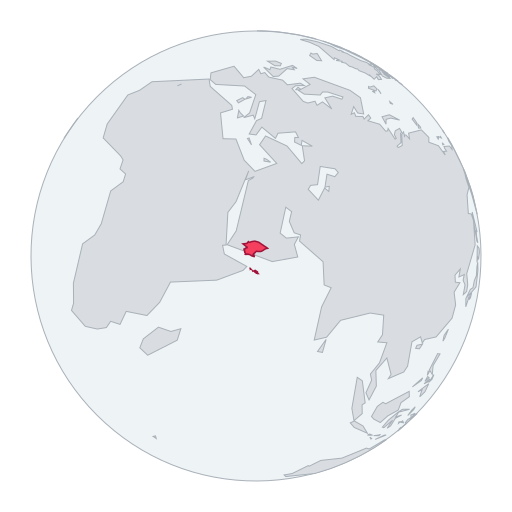 Hadramawt on an orthographic globe, rotated 42°
{"feature_id": "YEM-3497", "entity_name": "Hadramawt", "entity_type": "Governorate", "adm_level": 1, "iso_a3": "YEM", "parent_name": "Yemen", "parent_adm1": "", "projection": "orthographic", "projection_center": [51.058, 15.554], "detail": "fine", "context": "on_globe", "style": "filled", "palette": "rose", "viewbox_px": 512, "rotation_deg": 42, "n_neighbors": 0, "source": "natural_earth", "source_scale": "10m", "svg_char_len": 11868}
<svg xmlns="http://www.w3.org/2000/svg" viewBox="0 0 512 512"><g transform="rotate(42 256 256)"><circle cx="256" cy="256" r="225" fill="#eef3f6" stroke="#a8b0b8"/><path d="M216.2,34.3L215.5,34.4L212.4,35.0L216.2,34.3ZM201.5,37.4L202.7,37.1L195.4,39.1L192.5,39.8L201.5,37.4ZM153.2,55.5L155.5,54.5L140.9,62.4L127.0,71.6L123.6,74.0L122.1,74.8L137.3,64.6L153.2,55.5ZM31.3,272.6L32.2,280.6L34.0,293.9L34.5,297.1L31.3,272.6ZM326.9,42.2L318.9,39.8L319.8,39.9L326.9,42.2ZM312.3,38.2L311.3,38.1L310.3,37.6L312.3,38.2ZM225.7,32.8L226.4,32.7L223.0,33.2L222.2,33.3L218.7,33.8L225.7,32.8ZM220.1,33.6L221.2,33.6L217.1,34.4L216.4,34.2L220.1,33.6ZM231.1,32.1L232.0,32.0L229.4,32.3L231.1,32.1ZM203.1,37.8L205.6,37.0L208.9,36.4L203.1,37.8ZM221.9,33.6L223.3,33.3L224.9,33.1L224.7,33.3L221.9,33.6ZM240.6,31.3L239.0,31.4L244.8,31.0L243.7,31.3L236.8,31.7L239.3,31.6L238.9,31.7L233.7,32.0L240.6,31.3ZM229.3,33.0L220.2,34.2L214.8,35.7L211.7,36.2L220.9,33.8L229.3,33.0ZM232.4,32.3L229.8,32.8L227.2,32.9L227.4,32.7L232.4,32.3ZM245.4,31.4L248.9,30.9L250.3,30.9L245.4,31.4ZM228.3,33.4L230.5,33.1L228.2,33.4L228.3,33.4ZM240.7,31.8L241.7,31.6L243.3,31.6L240.7,31.8ZM234.1,33.0L231.1,33.3L231.1,33.0L234.1,33.0ZM237.5,32.4L239.4,32.5L232.9,32.7L237.7,32.3L237.5,32.4ZM242.0,31.9L243.2,31.8L241.3,32.0L242.0,31.9ZM235.6,34.1L227.5,34.6L227.6,33.8L235.5,33.4L235.6,34.1ZM355.1,53.7L360.5,56.7L366.7,60.1L367.8,60.5L377.0,66.0L392.4,77.0L375.3,66.0L351.3,52.3L360.7,57.3L357.2,55.8L359.7,57.6L366.5,61.6L368.1,62.2L371.9,69.3L385.4,82.4L387.8,80.7L394.0,84.2L411.4,101.1L424.4,128.1L432.7,135.8L436.3,141.5L435.9,146.0L430.7,137.6L426.1,135.4L423.2,130.4L420.8,135.8L416.5,128.9L416.7,137.1L421.7,142.1L425.4,139.4L427.4,150.3L437.1,158.8L443.3,171.0L444.0,195.6L437.2,205.2L437.8,209.4L432.4,205.9L429.3,215.4L442.4,236.5L443.4,243.3L436.4,258.6L435.6,253.6L421.5,244.2L421.7,260.9L432.5,272.2L436.3,287.3L429.2,284.1L425.0,270.9L420.0,267.2L419.3,252.8L411.3,232.9L404.0,238.4L402.7,229.9L390.5,214.5L379.0,222.0L361.9,247.2L362.8,269.1L355.5,279.5L338.8,249.9L333.1,229.3L326.0,231.9L309.7,215.4L278.4,215.8L275.0,210.5L268.9,213.2L257.6,208.0L252.8,199.2L245.5,199.8L258.6,222.8L266.6,222.4L274.7,213.4L276.7,221.7L287.7,228.8L271.8,249.3L227.0,266.9L224.5,250.6L199.8,205.0L201.5,200.2L201.5,199.6L201.3,198.6L197.2,206.4L193.6,197.6L204.8,229.0L205.9,242.4L226.4,267.9L224.0,270.4L231.1,275.7L256.2,269.9L256.0,275.3L243.0,300.2L209.9,332.6L215.4,354.9L214.8,373.2L196.6,384.0L200.7,397.8L191.7,401.8L192.7,409.3L186.9,416.5L176.2,422.5L155.3,419.9L152.0,413.1L138.5,398.4L119.0,363.0L122.1,348.2L119.4,335.5L104.5,304.9L107.6,289.7L104.2,282.3L96.7,282.3L92.9,273.5L88.6,272.2L63.4,270.5L57.1,257.5L53.0,222.1L58.6,210.8L62.1,196.1L102.7,155.9L108.5,160.6L137.2,160.3L140.3,162.7L133.9,173.4L153.0,190.9L162.8,182.5L183.1,192.7L198.6,193.8L209.5,173.3L184.2,170.9L182.8,160.4L205.5,153.5L228.2,156.7L228.4,152.8L216.6,143.1L224.4,136.7L212.8,139.3L215.6,143.5L208.4,145.5L205.5,141.9L208.3,139.6L202.3,137.3L190.2,150.0L191.7,155.6L174.1,156.3L175.0,166.0L169.3,169.9L165.8,155.0L168.1,150.0L159.4,133.8L155.3,139.0L163.3,154.9L159.7,153.2L154.3,161.4L155.5,153.9L147.9,136.2L133.8,137.3L111.3,155.4L104.0,155.6L100.0,150.0L112.7,129.7L127.6,131.7L132.3,125.5L133.2,115.5L137.6,117.3L139.8,113.8L145.8,114.5L158.1,107.5L164.8,107.8L173.3,97.9L177.9,97.0L171.5,102.9L170.7,107.5L187.7,109.5L192.1,107.7L196.3,101.5L200.5,103.2L202.3,97.0L213.9,96.0L201.4,92.4L205.9,86.0L214.9,82.0L214.2,79.6L199.5,86.2L195.7,89.6L196.0,93.4L183.6,103.4L177.0,104.5L181.4,92.3L172.4,92.9L179.8,84.1L215.0,70.0L227.7,68.5L241.0,78.4L235.9,81.7L228.6,79.6L231.9,87.0L233.3,83.7L236.7,85.5L242.0,80.8L244.7,81.9L245.1,75.8L249.0,76.7L248.7,80.6L259.8,75.3L268.9,76.5L270.1,74.8L268.8,72.8L281.2,76.1L281.6,74.8L277.6,73.2L275.7,69.7L277.3,65.1L281.5,66.5L281.5,68.3L287.9,74.7L287.3,80.0L289.2,80.2L290.7,76.0L282.9,68.1L282.6,65.0L287.1,68.2L285.4,66.8L286.6,65.7L291.7,66.2L287.2,62.6L294.5,51.6L305.1,52.2L308.3,55.8L317.8,52.0L329.1,54.4L325.4,52.7L327.5,50.6L324.0,49.7L322.4,48.8L326.2,44.9L330.4,45.6L327.9,43.3L326.0,42.6L322.8,41.8L318.9,39.8L326.9,42.2L355.1,53.7ZM85.6,178.0L83.7,182.2L85.6,178.0ZM250.2,171.5L265.0,172.8L261.5,159.6L266.9,159.3L263.8,155.2L261.2,158.7L254.0,147.7L261.5,144.3L261.3,138.9L256.4,138.3L243.8,146.5L254.0,161.8L249.3,167.0L250.2,171.5ZM117.7,78.2L122.2,74.9L117.6,78.3L111.8,83.2L106.0,88.0L109.9,84.6L108.3,85.9L109.9,84.5L117.7,78.2ZM146.0,95.9L146.8,98.4L142.6,102.0L134.2,103.5L140.1,98.1L146.0,95.9ZM148.8,101.3L155.6,89.9L161.1,89.1L156.8,91.4L159.8,92.0L153.8,95.9L152.5,107.1L148.7,111.1L135.2,110.5L141.7,108.2L140.6,105.6L148.8,101.3ZM163.0,68.0L166.0,64.6L174.1,67.0L170.4,70.0L161.7,71.1L161.0,68.4L163.0,68.0ZM186.3,41.9L187.0,41.6L188.6,41.1L189.4,40.9L186.3,41.9ZM180.2,43.9L179.4,44.2L183.6,42.9L186.6,41.9L197.5,38.7L207.2,36.1L213.0,34.9L214.5,34.9L213.1,35.3L209.7,35.8L210.2,36.0L204.3,37.1L204.0,37.5L185.3,43.0L185.1,42.9L174.5,47.2L169.7,48.5L176.7,45.5L165.1,50.2L169.6,48.1L161.7,51.5L177.9,44.7L178.1,44.6L180.2,43.9ZM228.9,43.1L225.7,42.0L225.5,45.6L219.6,45.5L220.0,45.9L214.5,47.0L208.5,49.3L206.2,49.0L204.9,50.1L201.2,51.1L198.5,52.5L193.6,52.7L190.0,54.7L189.7,53.7L184.7,57.1L186.2,54.7L181.6,56.2L182.6,57.8L162.4,58.2L152.9,61.3L144.0,65.5L147.7,61.7L158.4,55.7L171.6,49.9L180.4,47.9L180.5,46.9L184.7,45.7L182.8,47.0L188.2,44.5L191.1,44.0L202.9,40.8L208.8,38.2L213.3,37.2L212.5,38.1L217.5,36.6L219.0,37.7L222.2,37.2L226.9,38.0L223.5,40.4L227.4,39.7L231.1,40.8L228.9,43.1ZM236.7,34.4L234.0,36.5L229.4,37.7L223.1,35.8L220.0,36.2L215.8,35.7L222.5,34.1L223.1,34.3L225.2,34.2L222.3,34.7L226.2,34.2L227.1,34.7L230.5,34.5L228.7,35.2L236.7,34.4ZM145.7,159.2L148.4,160.1L153.1,160.3L149.8,165.8L145.7,159.2ZM140.2,147.2L142.9,146.9L140.5,154.0L137.7,153.4L140.2,147.2ZM146.5,141.0L143.3,146.3L143.3,143.0L146.5,141.0ZM174.3,102.5L177.5,102.1L177.0,103.7L174.3,105.7L174.3,102.5ZM227.3,56.1L226.2,54.7L227.6,54.3L229.7,50.7L234.2,50.9L234.7,53.1L227.3,56.1ZM204.1,176.5L198.4,180.1L196.6,178.0L198.9,177.1L204.1,176.5ZM171.9,172.9L178.3,176.4L171.0,174.4L171.9,172.9ZM232.6,55.7L232.9,54.1L235.0,55.2L232.6,55.7ZM237.6,50.9L240.4,51.8L235.0,50.5L237.6,50.9ZM301.7,456.9L304.0,458.4L300.2,458.9L301.7,456.9ZM253.8,371.3L241.9,402.2L231.1,402.0L227.7,393.0L231.1,374.2L243.3,369.0L248.8,360.3L253.8,371.3ZM461.8,314.4L464.1,314.2L463.9,315.2L461.8,314.4ZM459.6,312.2L462.6,311.2L458.7,314.6L459.6,312.2ZM463.6,310.8L466.6,307.4L467.9,305.2L467.5,307.4L463.6,310.8ZM457.4,313.2L443.7,317.7L437.7,316.9L439.5,312.8L449.3,310.7L457.4,313.2ZM439.0,312.8L429.2,305.1L412.4,278.4L418.5,277.6L435.4,292.1L434.4,295.6L440.4,302.1L439.0,312.8ZM460.9,286.7L459.8,296.6L452.7,298.4L449.2,298.0L446.8,286.5L448.2,279.8L451.2,279.1L460.4,254.1L464.1,258.0L461.9,268.0L464.8,275.3L460.9,286.7ZM363.9,271.0L369.9,283.2L365.6,285.8L363.9,271.0ZM462.2,237.9L459.8,248.6L461.4,235.0L462.2,237.9ZM462.1,225.6L463.2,230.1L460.9,226.3L462.1,225.6ZM439.5,215.7L436.4,217.8L435.4,214.6L438.7,210.1L439.5,215.7ZM447.9,181.6L451.3,190.9L451.9,194.2L448.9,189.1L447.9,181.6ZM271.8,58.9L263.9,63.3L261.2,67.4L264.4,71.0L256.5,68.2L260.6,61.8L271.8,58.9ZM291.2,52.2L288.4,49.7L291.8,50.1L292.9,50.7L291.2,52.2ZM288.0,51.2L280.4,49.8L280.2,48.0L286.2,49.4L288.0,51.2ZM256.3,51.6L253.6,52.7L252.0,51.7L256.3,51.6ZM445.2,378.3L425.7,400.0L423.4,399.9L428.4,393.5L435.1,376.8L436.2,376.6L440.9,364.6L455.1,348.7L466.6,324.9L469.3,323.6L474.5,306.9L475.8,305.3L472.6,317.8L472.3,319.0L467.1,334.6L460.9,349.6L453.6,364.3L445.2,378.3ZM467.3,312.6L471.1,303.4L472.5,301.9L467.3,312.6ZM478.5,291.0L478.5,291.3L479.2,286.2L479.9,279.7L478.5,280.0L478.2,276.2L479.3,272.1L477.5,270.6L479.5,266.4L479.8,274.6L480.7,266.3L481.1,266.0L478.5,291.0ZM478.3,286.5L478.6,286.1L478.1,289.2L478.3,286.5ZM474.2,282.5L473.9,285.1L473.2,283.7L474.2,282.5ZM475.3,280.3L477.2,281.3L475.0,282.6L475.3,280.3ZM466.5,276.6L467.5,282.1L470.6,276.7L468.2,283.4L469.7,292.2L468.7,296.3L467.4,286.7L465.9,298.1L464.4,298.6L464.2,289.5L466.0,277.3L467.4,271.9L472.7,267.1L466.5,276.6ZM475.5,273.0L474.9,266.4L475.2,261.5L476.0,264.6L475.5,273.0ZM471.9,251.1L468.9,244.4L467.2,248.5L469.8,235.3L472.4,243.9L471.9,251.1ZM467.9,234.7L466.4,238.5L467.3,231.0L467.9,234.7ZM465.4,236.1L464.2,230.7L466.0,230.6L465.4,236.1ZM468.9,234.5L467.6,225.0L469.3,230.0L468.9,234.5ZM460.9,218.9L466.3,226.1L461.0,224.5L456.3,207.0L458.3,205.7L460.9,218.9ZM443.7,145.8L440.8,141.5L441.3,139.8L443.2,143.2L443.7,145.8ZM440.2,131.8L440.4,138.0L440.1,143.8L442.3,145.3L445.9,153.4L440.4,147.1L437.6,137.4L438.5,134.5L434.7,128.1L432.9,123.1L427.1,115.8L425.0,112.3L430.6,118.2L440.2,131.8ZM424.5,112.9L413.7,100.4L416.6,101.0L419.6,103.8L423.3,109.1L421.6,108.4L424.5,112.9ZM412.0,97.7L410.2,97.2L390.6,81.6L387.2,78.6L403.6,89.8L402.8,90.0L407.1,94.0L412.0,97.7ZM313.8,38.7L311.6,38.1L313.5,38.5L313.8,38.7ZM320.5,48.4L318.6,47.2L321.0,47.4L320.5,48.4ZM314.8,44.3L313.4,44.8L313.2,43.7L314.8,44.3ZM310.6,46.4L312.0,44.8L313.2,47.2L310.6,46.4Z" fill="#d9dde1" stroke="#a8b0b8" stroke-width="1"/><path d="M259.4,242.5L259.5,242.5L258.4,244.0L257.8,245.7L257.6,246.8L257.2,248.0L256.8,249.0L256.3,249.7L254.8,251.0L254.5,251.3L254.2,251.5L253.5,251.8L253.4,251.9L253.3,252.0L253.2,252.1L253.1,252.3L253.2,252.5L252.9,253.7L252.9,253.8L253.0,253.9L253.1,254.0L253.0,254.6L252.9,254.7L252.9,254.8L252.8,255.0L252.8,255.3L252.8,255.5L252.7,255.8L252.8,255.9L252.8,256.0L253.1,256.0L253.3,256.2L253.3,256.4L253.2,256.4L253.1,256.5L253.0,256.8L253.0,257.0L253.3,257.1L253.5,257.1L253.8,257.1L254.0,257.0L254.5,257.1L254.8,257.1L254.9,257.3L254.9,257.5L255.0,257.6L255.0,257.8L254.5,257.9L254.1,258.0L253.7,258.1L253.3,258.4L253.3,258.5L253.1,258.5L252.9,258.6L252.7,258.8L252.4,258.8L252.2,258.9L251.8,258.8L251.2,259.0L250.4,259.2L249.9,259.4L249.8,259.5L249.6,259.5L249.4,259.7L249.0,259.8L248.9,259.9L248.9,260.0L248.7,260.0L248.3,260.4L248.2,260.5L248.2,260.8L247.9,260.9L247.9,261.0L247.7,261.1L247.7,261.3L247.4,261.5L247.2,261.8L246.9,261.9L246.9,261.7L246.7,261.5L246.7,261.4L246.6,261.2L246.2,261.0L245.9,260.9L245.6,260.9L245.3,260.9L245.1,260.7L244.9,260.5L244.8,260.4L244.7,260.3L244.7,260.2L244.6,259.9L244.4,259.8L244.1,259.8L243.7,259.8L243.4,259.6L243.1,259.4L242.8,259.2L242.4,258.9L242.5,258.7L243.1,258.1L243.2,257.9L243.0,257.7L242.9,257.6L242.9,257.4L243.1,257.1L243.1,256.8L243.2,256.6L243.4,256.4L243.9,255.7L243.5,255.4L238.2,255.7L240.1,253.5L240.8,252.7L240.7,250.4L241.2,250.4L241.4,250.4L241.5,250.3L241.9,250.1L242.4,249.8L242.5,249.7L242.7,249.0L242.9,248.5L243.0,248.4L243.4,247.9L243.9,247.2L244.5,246.5L244.9,246.1L245.2,245.7L245.3,245.7L245.8,245.4L246.4,245.1L247.1,244.7L247.8,244.4L248.3,244.2L248.5,244.1L248.8,243.9L249.3,243.9L249.9,243.8L250.5,243.7L251.1,243.6L251.7,243.6L252.3,243.5L252.9,243.4L253.5,243.3L254.1,243.2L254.7,243.1L255.3,243.1L255.9,243.0L256.5,242.9L257.1,242.8L257.6,242.7L258.2,242.6L258.8,242.6L259.4,242.5ZM269.1,267.7L269.3,267.7L269.2,267.8L269.0,268.0L268.8,268.0L268.7,268.1L268.4,268.1L268.2,268.2L268.1,268.3L267.9,268.5L267.7,268.5L267.4,268.5L267.2,268.6L266.9,268.6L266.4,268.7L266.0,268.7L265.8,268.6L265.7,268.6L265.5,268.4L265.4,268.3L265.3,268.2L265.1,268.1L264.7,267.9L264.8,267.8L264.9,267.7L265.0,267.7L265.0,267.3L265.3,267.3L265.3,267.2L265.6,267.1L265.8,267.2L266.0,267.1L266.1,267.3L266.4,267.5L266.5,267.5L266.8,267.4L267.0,267.3L267.3,267.4L267.5,267.3L267.5,267.2L267.8,267.2L267.9,267.3L268.0,267.3L268.0,267.2L268.1,267.3L268.3,267.3L268.5,267.5L268.8,267.6L269.1,267.7ZM260.7,269.2L260.8,269.2L261.1,269.2L261.0,269.3L260.9,269.4L260.7,269.3L260.5,269.2L260.4,269.2L260.4,269.3L260.3,269.2L260.2,269.2L259.9,269.1L260.0,269.0L260.3,269.1L260.5,269.1L260.7,269.2ZM263.7,269.2L263.8,269.3L263.7,269.4L263.4,269.3L263.5,269.2L263.7,269.2ZM264.4,269.4L264.5,269.4L264.6,269.5L264.4,269.4Z" fill="#f43f5e" stroke="#9f1239" stroke-width="1.5"/></g></svg>